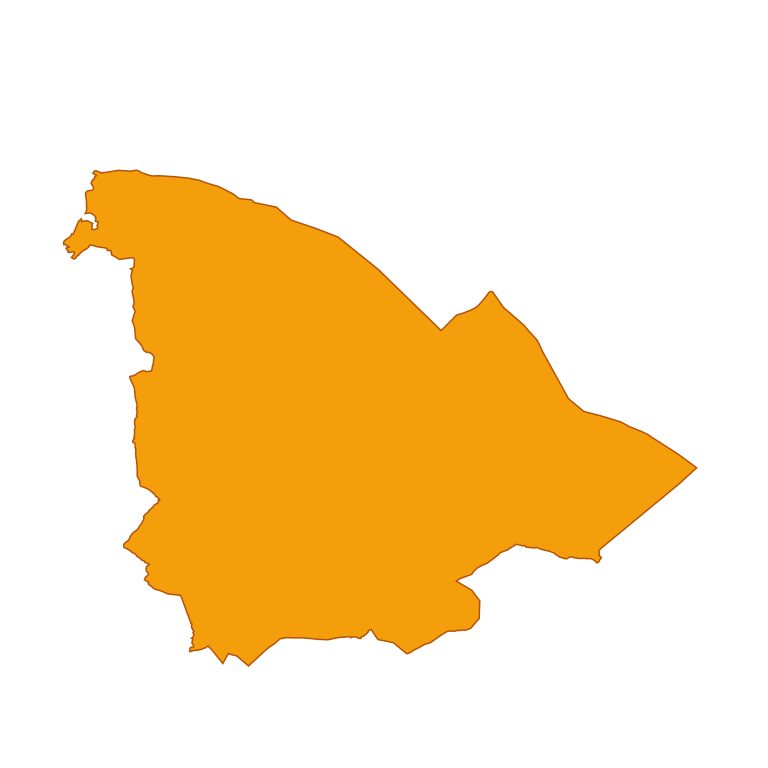 Rælingen nor, Akershus, Norway, rotated 348°
{"feature_id": "86288312B33593652809253", "entity_name": "Rælingen nor", "entity_type": "district", "adm_level": 2, "iso_a3": "NOR", "parent_name": "Norway", "parent_adm1": "Akershus", "projection": "equal_earth", "projection_center": [11.038, 59.891], "detail": "fine", "context": "isolated", "style": "filled", "palette": "amber", "viewbox_px": 768, "rotation_deg": 348, "n_neighbors": 0, "source": "geoboundaries", "source_scale": "gbopen_adm2", "svg_char_len": 6162}
<svg xmlns="http://www.w3.org/2000/svg" viewBox="0 0 768 768"><g transform="rotate(348 384 384)"><path d="M315.5,188.7L294.9,179.6L294.0,178.6L293.6,177.4L292.2,176.1L283.3,173.4L280.2,172.0L278.3,169.4L275.4,166.3L263.3,156.5L253.6,151.3L244.8,145.9L234.7,141.7L222.9,137.9L207.6,133.6L200.7,132.4L197.3,130.8L191.0,127.0L190.0,126.2L188.9,124.9L186.3,123.4L180.2,123.1L168.8,119.8L159.5,119.4L151.0,118.7L149.7,117.4L147.3,116.0L147.0,115.6L145.1,115.4L144.5,115.9L144.5,116.3L143.0,117.3L145.9,120.0L146.0,120.4L145.0,121.0L144.3,121.0L143.4,122.5L143.4,123.1L142.2,123.3L140.4,124.9L139.3,126.8L139.2,127.4L139.6,127.6L140.5,130.9L140.4,133.0L140.1,133.4L138.6,133.7L133.9,133.6L133.2,133.9L131.9,134.8L131.5,136.5L131.1,142.5L129.5,151.3L128.3,153.8L127.2,155.2L130.1,155.3L132.5,155.7L134.6,157.6L136.5,160.2L136.5,162.2L135.6,164.9L136.4,165.4L137.8,165.7L137.3,168.3L136.2,169.2L136.4,171.6L136.2,172.2L133.4,172.7L130.4,172.2L131.8,167.2L132.5,166.4L129.6,164.1L128.9,163.4L127.5,162.6L124.8,162.3L122.1,162.2L122.3,160.9L122.3,159.5L119.2,161.2L116.7,164.7L114.4,168.2L110.9,172.9L110.0,172.7L109.8,172.3L108.2,174.2L107.2,174.9L101.3,177.3L100.7,177.9L99.8,179.3L100.0,179.7L99.7,181.0L101.3,181.4L102.9,183.4L104.3,183.9L104.6,184.5L101.3,185.1L102.6,188.5L102.5,189.8L108.4,190.2L108.6,191.5L106.6,193.6L104.5,195.3L105.1,195.7L106.4,197.2L108.1,197.0L108.6,196.3L109.1,196.4L110.0,195.2L112.4,194.3L112.7,193.8L113.4,193.5L114.9,192.3L116.3,191.7L117.3,191.0L120.1,190.4L122.1,189.5L123.9,188.4L124.4,187.3L125.1,187.1L126.6,187.4L127.9,187.8L132.2,190.2L138.6,192.5L140.7,193.5L140.7,193.8L141.6,194.8L141.2,195.5L141.2,195.9L141.7,196.2L143.8,196.3L144.6,196.6L144.9,197.2L144.6,197.5L144.4,198.0L144.4,198.7L144.7,199.0L144.4,200.6L144.7,201.4L147.9,204.0L148.9,205.1L151.0,207.1L164.3,208.1L164.3,208.3L165.6,209.4L165.8,210.0L165.6,211.3L164.2,215.6L164.1,216.9L163.6,217.5L161.9,218.7L160.0,218.6L161.6,220.9L160.4,222.4L160.2,223.4L159.3,224.7L159.0,225.3L159.1,225.8L158.8,227.2L158.8,230.8L158.5,232.8L158.7,237.8L158.4,238.6L157.9,238.9L157.2,240.1L156.9,240.7L157.1,241.5L156.8,242.0L156.7,252.2L154.5,256.1L155.7,261.1L150.9,269.7L151.8,276.9L150.4,288.1L153.2,292.8L155.1,296.8L155.8,301.0L157.8,303.3L160.4,304.1L162.1,305.3L163.2,306.4L164.6,309.4L164.7,310.1L163.3,313.6L162.8,315.6L161.7,317.5L159.4,322.8L154.9,322.7L151.0,320.7L148.1,321.5L146.4,321.7L142.3,323.5L139.9,323.8L136.9,323.8L136.9,326.9L138.1,331.5L139.0,335.9L137.9,345.5L138.1,353.5L136.5,357.9L136.7,360.3L136.0,362.3L135.4,363.0L135.5,364.8L133.8,365.9L132.9,367.0L132.4,368.2L131.7,371.5L131.9,373.7L131.7,374.7L130.4,376.7L129.8,380.4L129.2,381.8L129.1,382.8L128.3,384.1L128.9,385.2L127.3,386.3L126.5,387.2L126.3,388.6L126.3,389.0L128.1,390.0L127.9,392.2L127.3,394.5L127.6,395.7L127.6,396.8L127.0,398.5L127.0,399.7L126.7,400.3L126.1,404.5L126.1,406.3L125.6,411.3L124.5,417.9L123.4,423.0L124.4,425.9L124.8,428.5L124.3,431.8L124.6,432.9L125.0,433.6L127.4,434.9L131.6,437.9L134.4,440.8L134.8,442.2L136.5,443.5L137.4,446.4L138.8,447.7L139.2,448.4L140.2,449.7L139.9,450.2L140.5,450.7L139.7,450.8L139.8,451.1L139.7,451.1L138.9,450.9L138.8,451.2L138.8,452.5L138.0,453.3L134.9,454.3L133.6,455.0L132.8,456.0L131.9,456.6L127.8,458.8L128.0,459.4L127.8,459.7L124.4,461.3L122.1,462.8L121.1,464.0L121.1,464.4L121.5,465.2L120.5,466.8L117.4,470.5L115.1,472.2L114.5,473.4L112.0,475.3L107.7,477.3L106.5,478.1L104.3,480.2L102.8,482.4L101.4,483.8L97.2,485.7L96.2,486.8L95.7,488.1L95.6,489.6L96.9,490.8L98.4,491.6L98.7,492.3L100.4,493.5L102.8,496.6L104.3,497.5L105.7,499.2L106.7,501.4L107.7,502.5L108.4,502.9L110.5,506.0L111.2,506.3L112.8,507.6L113.1,508.9L115.5,510.2L117.1,511.6L114.3,512.8L112.9,514.9L112.7,517.8L113.9,519.6L114.1,520.9L113.0,522.1L110.7,523.2L109.9,524.2L109.7,525.1L109.0,525.6L110.4,527.2L112.4,528.7L111.9,530.6L116.9,536.8L123.0,540.1L128.8,544.3L141.2,548.5L145.5,578.2L146.3,578.7L145.6,579.7L145.6,580.7L145.2,581.3L145.4,583.2L145.9,583.8L145.8,584.8L146.7,586.4L146.5,586.8L145.8,587.2L145.5,587.6L145.5,588.3L145.7,589.3L146.1,589.9L146.0,590.3L144.9,591.5L142.9,592.7L144.0,593.1L142.2,597.7L143.1,598.9L143.2,601.4L142.6,601.7L140.8,601.3L140.1,601.5L139.6,601.8L139.2,602.4L138.4,605.3L139.9,605.4L141.8,605.1L146.3,605.6L150.1,605.6L154.7,604.8L157.3,603.7L160.2,607.9L168.2,623.9L175.6,615.4L183.5,619.5L192.9,631.6L213.6,619.3L219.0,616.7L221.8,615.7L229.7,611.5L232.0,611.8L234.2,611.6L236.2,611.9L246.5,614.4L250.8,615.1L264.0,619.2L265.7,620.0L267.3,620.2L275.7,622.5L286.5,622.5L298.5,624.1L298.7,625.3L300.4,625.0L302.8,625.1L304.0,625.7L306.6,627.6L308.4,628.1L308.7,627.9L309.2,626.6L311.7,626.5L312.0,625.9L314.7,625.0L316.1,623.7L316.8,623.5L317.2,623.0L316.9,622.6L317.0,622.4L318.3,621.8L320.5,621.4L323.2,628.7L325.0,632.7L339.3,638.9L350.0,652.4L351.4,652.6L353.8,652.1L359.3,650.1L361.7,649.6L369.9,647.1L373.3,647.0L376.0,646.5L388.9,641.0L395.0,639.0L402.5,640.6L404.4,640.3L406.9,640.8L411.2,641.1L411.6,641.5L412.4,641.7L416.2,641.4L418.5,640.7L423.8,636.5L428.3,633.3L432.6,616.1L427.0,604.0L413.6,591.8L418.6,590.0L429.8,588.5L430.9,587.8L433.3,585.5L437.4,583.2L443.4,581.5L447.9,580.7L460.2,574.9L462.7,573.1L470.1,572.0L480.1,568.3L484.6,570.3L485.7,571.2L488.1,571.3L488.9,573.0L496.5,575.5L499.4,575.8L500.8,576.5L503.7,578.6L510.9,581.9L515.5,584.8L516.5,586.6L517.5,587.4L518.1,587.7L519.9,590.0L522.5,590.9L523.1,591.9L526.7,593.0L529.0,592.0L530.4,592.0L532.0,592.3L533.6,593.4L538.1,595.0L540.6,595.7L542.5,595.9L546.4,597.1L550.6,597.9L551.1,598.8L551.9,599.1L553.7,601.0L554.8,603.0L555.1,603.2L556.1,603.2L557.2,602.6L558.4,600.9L560.4,599.3L560.1,598.2L558.5,596.1L559.0,595.2L559.3,595.0L559.4,592.7L559.7,591.8L561.5,590.2L651.2,543.4L672.4,531.0L657.3,514.0L633.2,490.1L631.5,488.2L626.4,484.3L615.1,476.7L607.7,470.3L590.5,460.8L573.7,452.4L561.4,436.7L546.0,385.8L543.8,376.3L542.8,372.8L536.3,361.6L533.0,355.5L516.6,333.7L509.5,316.6L508.3,315.9L507.7,315.8L506.6,315.9L505.7,316.3L499.2,321.9L494.0,325.8L492.5,326.8L489.4,328.4L483.6,329.9L476.5,331.1L469.3,331.7L451.0,343.6L402.0,270.5L369.6,230.7L349.5,217.6L327.3,204.4L315.5,188.7Z" fill="#f59e0b" stroke="#b45309" stroke-width="1.5"/></g></svg>